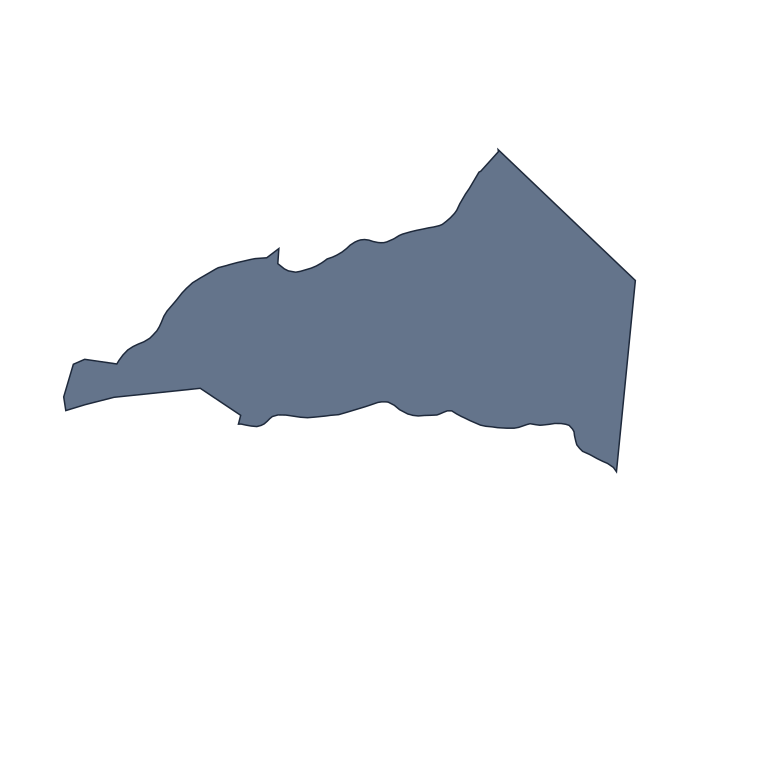 Rock Hall, Castries, Saint Lucia (Mercator projection), rotated 229°
{"feature_id": "8701671B3640054805688", "entity_name": "Rock Hall", "entity_type": "district", "adm_level": 2, "iso_a3": "LCA", "parent_name": "Saint Lucia", "parent_adm1": "Castries", "projection": "mercator", "projection_center": [-60.989, 14.001], "detail": "fine", "context": "isolated", "style": "filled", "palette": "slate", "viewbox_px": 768, "rotation_deg": 229, "n_neighbors": 0, "source": "geoboundaries", "source_scale": "gbopen_adm2", "svg_char_len": 2187}
<svg xmlns="http://www.w3.org/2000/svg" viewBox="0 0 768 768"><g transform="rotate(229 384 384)"><path d="M486.0,623.9L484.3,622.8L481.1,596.6L481.6,594.7L475.6,576.7L473.9,570.1L470.3,559.5L467.4,552.9L466.5,549.2L465.9,543.2L465.9,537.7L466.2,532.7L467.2,529.7L469.9,524.5L472.6,520.1L475.4,515.0L478.6,509.4L481.4,504.0L485.0,496.3L486.1,492.8L487.2,486.3L489.4,479.3L490.8,476.6L492.7,474.3L494.7,472.3L498.8,469.2L502.5,467.0L505.8,464.1L508.1,460.9L509.2,458.4L510.2,455.2L511.0,449.6L510.8,444.7L511.1,438.9L512.3,432.6L513.6,428.2L515.7,423.1L515.9,419.9L516.3,416.2L517.5,410.3L519.2,405.1L523.8,395.0L526.3,390.7L532.2,386.0L536.3,384.3L539.7,383.7L544.5,382.8L555.2,393.5L556.2,378.3L563.2,369.0L565.5,365.0L569.2,358.0L571.8,353.2L575.6,345.4L576.6,343.1L580.5,335.2L581.2,332.3L582.5,325.4L584.5,315.1L586.0,305.9L585.8,297.6L585.2,291.3L583.5,282.4L582.4,275.1L581.4,268.2L579.6,262.4L576.5,256.2L574.6,252.0L573.1,247.3L572.9,245.1L572.6,242.6L572.5,241.8L572.2,237.2L573.4,230.4L575.4,224.6L576.9,219.2L577.8,213.0L577.2,206.2L575.7,199.5L574.4,195.5L599.0,174.3L602.7,162.5L584.4,133.8L572.7,126.4L564.5,144.8L551.1,171.5L501.3,242.5L454.4,255.3L449.2,247.8L447.5,249.9L443.6,252.8L439.5,256.1L435.3,260.1L433.4,264.0L432.5,267.4L432.5,271.4L432.8,275.1L432.7,278.4L430.2,283.7L425.0,289.5L422.0,292.1L413.8,299.1L408.7,304.2L404.1,310.5L398.1,319.0L395.5,323.0L390.6,329.7L386.9,337.7L382.1,348.4L379.1,355.1L377.5,358.9L375.0,365.1L374.1,367.3L372.0,370.6L368.9,374.1L367.5,375.3L361.2,377.8L354.4,378.9L345.7,382.3L343.9,383.6L341.4,385.2L337.4,388.9L333.7,393.9L329.6,398.9L325.9,403.6L324.8,406.5L323.5,410.6L322.2,414.2L319.3,417.5L313.7,419.2L308.7,421.1L306.1,422.3L299.7,425.0L296.6,426.5L289.7,429.8L285.3,433.1L280.7,437.5L276.6,441.0L273.0,444.7L270.1,447.7L265.3,453.2L262.9,457.2L261.1,461.6L259.6,465.3L258.2,468.2L253.9,471.7L250.6,474.6L248.8,477.0L245.2,482.2L242.2,487.0L237.9,491.8L234.3,494.8L231.3,496.6L226.3,496.7L223.3,496.1L219.9,493.8L215.0,491.2L211.6,489.6L207.1,489.4L202.9,489.7L195.8,493.0L187.9,495.9L182.2,498.3L177.4,500.6L170.5,502.4L165.3,501.9L297.2,641.6L486.0,623.9Z" fill="#64748b" stroke="#1e293b" stroke-width="1.5"/></g></svg>